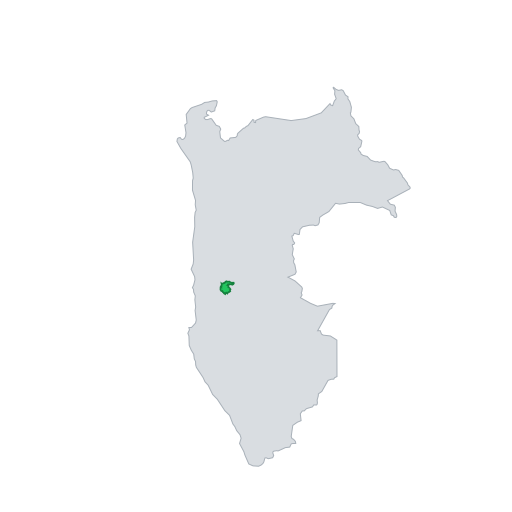 Tarma, Junín, Peru (highlighted), rotated 28°
{"feature_id": "86281439B39213190692953", "entity_name": "Tarma", "entity_type": "district", "adm_level": 2, "iso_a3": "PER", "parent_name": "Peru", "parent_adm1": "Junín", "projection": "albers", "projection_center": [-75.639, -11.251], "detail": "fine", "context": "in_parent", "style": "filled", "palette": "green", "viewbox_px": 512, "rotation_deg": 28, "n_neighbors": 0, "source": "geoboundaries", "source_scale": "gbopen_adm2", "svg_char_len": 6755}
<svg xmlns="http://www.w3.org/2000/svg" viewBox="0 0 512 512"><g transform="rotate(28 256 256)"><path d="M361.7,154.9L361.6,156.3L359.9,156.9L358.4,155.9L356.1,156.2L352.7,153.0L344.6,153.4L341.0,156.9L335.6,157.6L329.7,159.2L323.0,159.8L312.5,165.4L310.1,167.7L305.3,171.0L301.5,172.1L299.5,182.5L295.7,188.6L294.1,192.0L296.2,197.0L296.1,199.5L294.0,201.5L292.2,201.7L288.7,203.8L283.4,208.4L282.4,211.9L284.1,216.6L283.5,217.1L279.1,218.0L279.2,220.6L278.3,221.6L281.9,225.4L284.0,226.3L284.1,227.2L283.8,228.2L282.9,228.6L282.9,229.4L285.5,232.2L287.4,237.8L291.2,240.6L291.3,242.4L292.4,244.2L294.4,245.5L299.0,251.2L299.0,253.8L294.1,259.7L302.1,259.7L310.9,261.9L312.1,262.8L313.1,265.6L313.2,267.3L315.0,268.8L314.8,272.0L326.3,272.2L333.8,271.5L346.1,261.7L348.1,260.9L347.0,263.1L346.8,264.6L347.4,266.4L346.0,268.8L345.5,293.1L347.7,291.8L350.5,294.2L352.5,294.3L359.2,291.7L366.9,292.3L384.1,324.4L382.5,326.6L382.5,328.2L380.3,329.5L378.0,332.0L377.7,344.7L375.8,348.4L376.7,350.4L377.6,354.5L379.2,356.9L379.6,358.5L379.4,359.1L376.9,360.4L376.7,362.7L372.2,367.1L371.3,370.1L369.6,371.1L369.2,374.5L373.1,380.2L370.5,383.4L368.0,388.3L371.8,398.8L373.4,400.3L375.2,400.2L377.8,401.2L379.1,402.8L375.9,404.7L375.3,405.5L375.5,408.9L371.9,411.4L367.0,417.8L365.8,418.1L363.3,420.0L362.9,421.0L363.3,422.0L365.3,423.9L365.4,426.3L362.0,429.2L359.6,429.4L358.7,430.2L359.6,434.2L359.5,436.0L358.7,438.1L357.0,440.4L351.9,442.7L347.3,443.0L339.6,436.9L337.2,434.5L329.5,429.3L328.4,423.9L325.8,421.3L321.0,419.3L317.3,416.5L314.5,415.2L307.5,409.1L301.1,407.2L289.2,400.7L282.7,398.6L274.5,392.6L270.0,391.0L266.4,388.2L255.6,382.3L253.9,380.5L252.2,377.6L249.8,375.8L247.1,371.9L243.0,369.5L239.1,366.4L234.3,358.1L232.1,356.2L231.9,352.4L230.3,350.7L232.6,349.4L234.1,343.6L233.3,340.6L227.8,332.7L226.7,329.4L222.6,323.4L221.1,319.7L217.9,317.1L216.5,314.8L214.7,313.8L214.6,311.0L213.3,305.7L211.5,303.0L204.9,298.1L204.3,292.6L202.8,288.8L193.6,273.6L188.2,258.9L183.7,250.8L181.8,246.1L181.7,243.6L178.3,239.3L176.5,235.3L169.0,227.7L164.6,219.3L164.0,216.7L161.0,212.1L156.1,206.1L153.7,203.7L139.3,196.4L132.4,192.0L131.6,189.6L131.9,188.3L133.4,187.0L135.4,187.9L136.7,187.5L137.6,185.8L137.6,183.3L136.3,180.0L131.6,173.8L132.7,171.0L127.9,163.8L128.9,156.7L129.9,154.9L136.8,147.6L138.6,144.5L141.6,142.5L144.6,139.6L148.3,137.3L149.4,138.1L150.5,141.9L150.4,144.4L151.4,147.2L148.9,149.9L146.2,149.4L145.1,150.0L144.7,151.3L145.2,153.2L145.9,154.0L148.0,154.0L145.2,157.8L145.5,158.6L147.4,159.2L149.3,158.2L151.2,156.1L152.4,155.7L159.5,159.3L162.7,158.8L165.3,160.5L165.6,163.2L169.2,168.4L174.4,169.6L175.3,169.1L176.5,167.2L177.6,166.9L177.8,163.9L182.4,160.8L183.0,158.6L182.3,157.1L182.4,156.0L185.0,149.0L185.9,148.3L186.6,146.1L187.7,144.7L189.1,137.0L190.4,137.0L191.6,138.9L193.0,138.4L192.2,136.7L192.5,136.0L197.5,129.8L199.1,128.5L223.5,119.9L235.6,111.2L246.4,99.0L249.8,86.7L251.0,87.6L253.1,87.3L252.4,82.4L252.9,80.0L252.8,79.3L249.5,76.3L248.1,73.1L245.1,71.3L245.3,70.6L248.4,71.3L251.2,71.0L253.6,69.0L255.4,69.1L259.5,71.9L262.5,72.2L263.4,74.1L266.3,75.6L270.4,79.9L272.3,84.5L272.1,85.3L274.0,87.7L278.0,88.9L281.9,92.3L286.0,93.4L287.9,96.5L289.0,97.5L289.5,99.2L288.9,101.3L289.5,102.4L292.5,104.3L295.1,104.4L295.7,105.2L297.1,110.3L296.1,112.9L296.5,114.3L299.9,115.6L300.9,116.7L303.5,116.9L307.4,115.9L312.1,117.5L315.8,117.0L317.5,116.6L319.2,115.5L320.7,115.5L324.5,112.3L325.5,112.1L329.5,113.6L332.8,115.8L337.0,115.5L338.7,114.1L341.8,113.4L347.2,116.2L348.3,117.5L349.8,117.8L355.6,120.6L356.6,121.8L359.7,122.9L360.3,123.8L360.1,124.7L346.1,145.4L350.3,147.2L354.2,146.2L356.2,147.6L357.7,151.1L360.7,153.4L361.7,154.9Z" fill="#d9dde1" stroke="#a8b0b8" stroke-width="1"/><path d="M248.7,290.0L248.2,290.3L247.9,290.4L247.8,290.5L247.9,290.8L247.9,291.0L247.7,291.2L247.4,291.1L247.1,291.0L246.9,291.0L246.7,291.1L246.4,291.1L246.1,291.1L245.9,291.1L245.7,291.1L245.4,291.2L245.1,291.2L244.9,291.1L244.7,291.2L244.4,291.0L244.2,291.1L244.1,291.3L243.9,291.4L243.6,291.6L243.4,291.7L243.3,291.8L243.2,291.9L243.3,291.9L243.2,292.0L242.9,292.1L242.7,292.2L242.3,292.0L242.1,292.0L241.9,292.2L241.8,292.3L241.7,292.3L241.7,292.5L241.4,292.7L241.5,292.9L241.5,293.1L241.4,293.1L241.1,293.1L241.0,293.4L241.0,293.5L241.0,293.8L241.1,294.0L241.0,294.4L241.0,294.5L240.9,294.5L240.7,294.5L240.6,294.9L240.5,295.0L240.4,295.0L240.2,294.9L240.1,295.0L240.1,295.3L239.8,295.4L239.8,295.6L239.7,295.6L239.7,296.0L239.4,296.3L239.3,296.5L239.2,296.5L238.7,296.5L238.3,296.4L238.8,297.1L239.3,297.8L239.5,298.1L239.6,298.4L239.8,298.5L239.9,298.9L239.7,298.9L239.4,298.8L239.2,298.8L238.9,298.9L238.6,298.8L239.0,299.1L239.1,299.3L239.4,299.6L239.6,299.7L239.6,299.8L239.6,300.0L239.9,300.2L240.1,300.3L239.9,300.4L239.7,300.4L239.6,300.5L239.4,300.5L239.5,300.8L239.6,301.0L239.8,301.3L240.0,301.7L240.2,302.1L240.3,302.2L240.3,302.3L240.4,302.5L240.5,302.5L240.6,302.4L240.7,302.5L241.0,302.7L241.2,303.0L241.5,303.2L241.8,303.1L242.0,303.2L242.4,303.0L242.6,303.1L242.8,303.1L242.9,302.9L243.0,302.8L243.0,302.7L243.2,302.8L243.2,303.0L243.3,303.1L243.4,303.4L243.5,303.5L243.7,303.4L243.9,303.4L244.0,303.4L244.0,303.5L244.4,303.6L244.6,303.7L244.8,303.7L245.0,303.6L245.1,303.9L245.1,304.0L245.4,304.1L245.5,304.0L245.7,303.9L245.8,303.9L245.9,304.0L246.0,304.0L246.3,303.9L246.3,304.0L246.5,304.2L246.7,304.3L246.8,304.3L246.8,304.2L246.7,303.8L246.6,303.7L246.4,303.4L246.3,303.1L246.5,302.9L246.8,302.8L246.8,302.6L246.7,302.6L246.8,302.3L247.0,302.4L247.0,302.2L247.3,302.2L247.4,302.4L247.5,302.5L247.8,302.5L248.0,302.6L248.3,302.7L248.3,302.4L248.4,302.2L248.2,302.0L248.4,301.7L248.5,301.5L248.6,301.3L248.6,301.2L248.5,300.9L248.7,300.7L248.8,300.4L249.0,300.4L249.0,300.2L249.3,300.0L249.5,300.1L249.6,299.9L249.6,299.7L249.7,299.4L249.7,299.2L249.8,299.1L249.7,299.0L249.6,298.9L249.4,298.8L249.2,298.8L249.1,298.6L249.1,298.3L248.9,298.2L249.0,298.1L249.0,297.9L248.9,297.8L248.9,297.7L249.0,297.5L249.1,297.3L247.7,296.6L246.2,296.7L246.1,296.4L246.0,296.1L246.0,295.9L246.0,295.7L246.0,295.4L245.8,295.5L245.7,295.6L245.5,295.3L245.4,295.2L245.2,295.3L244.9,295.3L245.0,295.2L244.9,295.0L244.8,294.9L244.7,294.7L244.5,294.4L244.4,294.4L244.4,294.2L244.6,294.0L244.7,293.9L244.8,293.9L245.0,293.8L245.1,293.7L245.3,293.6L245.5,293.6L245.8,293.4L246.0,293.3L246.0,293.2L246.3,293.1L246.5,293.0L246.9,293.0L247.0,293.0L247.3,292.9L247.5,292.9L247.6,292.7L247.8,292.5L248.0,292.5L248.0,292.4L248.3,292.4L248.4,292.5L248.5,292.5L248.6,292.4L248.8,292.4L248.9,292.2L248.7,292.1L248.8,291.9L248.9,291.7L249.0,291.6L249.0,291.4L249.2,291.2L249.3,291.2L249.3,290.9L249.3,290.7L249.2,290.7L249.1,290.2L248.8,290.1L248.7,290.0L248.7,290.0Z" fill="#22c55e" stroke="#15803d" stroke-width="1.5"/></g></svg>